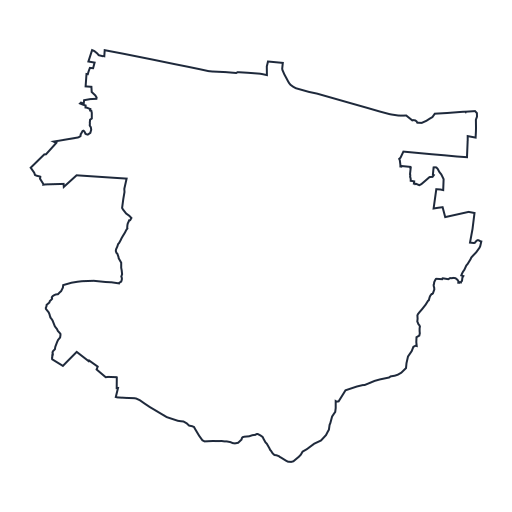 Tetchea, Bihor, Romania
{"feature_id": "2599482B35654252048695", "entity_name": "Tetchea", "entity_type": "district", "adm_level": 2, "iso_a3": "ROU", "parent_name": "Romania", "parent_adm1": "Bihor", "projection": "natural_earth1", "projection_center": [22.297, 47.021], "detail": "fine", "context": "isolated", "style": "outline", "palette": "slate", "viewbox_px": 512, "rotation_deg": 0, "n_neighbors": 0, "source": "geoboundaries", "source_scale": "gbopen_adm2", "svg_char_len": 5927}
<svg xmlns="http://www.w3.org/2000/svg" viewBox="0 0 512 512"><path d="M416.7,346.0L416.3,342.1L416.5,337.2L419.3,335.6L419.8,333.3L419.6,331.2L419.6,328.4L419.9,326.5L419.4,325.3L418.5,324.3L417.3,321.5L417.6,318.7L417.4,315.4L417.9,314.2L419.3,312.4L422.3,308.9L425.6,304.7L428.1,300.7L428.8,300.3L429.6,297.3L430.3,295.7L431.6,294.0L432.2,294.0L432.9,293.4L433.4,292.0L434.3,289.5L434.2,287.7L433.8,286.4L433.6,285.0L434.0,284.0L434.1,282.9L434.3,281.9L435.3,279.9L436.0,278.9L436.4,278.8L442.2,279.2L442.6,278.3L442.9,278.3L448.3,279.2L450.1,278.1L451.9,278.2L453.1,277.9L455.1,278.1L455.6,278.4L456.1,278.6L457.7,280.1L458.5,281.5L458.3,282.7L459.3,282.8L459.9,282.2L460.9,282.5L461.2,281.7L462.0,280.8L462.4,277.6L463.3,276.1L461.3,275.4L462.0,273.6L463.0,271.7L464.4,269.7L466.3,265.5L467.6,264.0L470.5,259.3L471.3,257.5L473.3,255.3L476.2,252.3L479.3,248.0L480.1,246.5L480.4,245.4L481.3,241.5L480.4,241.3L478.7,240.3L478.1,240.2L477.5,240.2L476.5,240.8L474.7,242.9L473.7,243.0L470.0,242.6L472.5,229.1L474.5,213.0L468.6,211.9L445.2,217.1L442.6,207.2L438.6,207.7L433.6,208.5L436.3,189.2L440.4,189.5L443.2,190.1L443.6,179.3L443.4,178.7L441.3,174.4L439.6,172.3L439.1,171.5L437.7,168.9L436.4,167.5L435.3,167.3L434.0,167.3L433.6,167.4L432.9,174.6L433.8,175.1L432.5,176.9L431.5,176.9L429.5,177.1L424.8,181.2L421.4,184.1L419.3,185.2L416.0,183.8L415.2,184.1L415.0,183.7L413.9,183.6L414.2,181.4L412.0,181.0L410.7,180.8L410.7,179.0L410.3,177.1L410.1,176.9L410.3,175.0L410.0,174.3L410.7,167.8L410.3,167.7L410.4,166.9L401.4,166.0L401.3,166.6L400.4,166.5L400.4,164.9L399.8,160.2L399.2,158.9L400.5,157.7L403.4,151.6L431.2,154.2L444.5,155.3L456.8,156.5L467.0,157.2L467.0,156.8L467.6,142.1L467.6,141.3L467.7,140.5L467.7,136.1L475.6,137.6L475.9,131.8L476.0,128.4L476.0,127.7L475.9,119.7L477.0,116.6L476.9,113.1L475.0,111.1L465.9,111.7L465.7,112.1L465.3,111.7L462.5,111.8L447.2,113.0L434.8,113.7L432.4,117.1L429.8,118.6L426.4,120.8L421.7,122.9L417.3,122.7L416.6,121.4L415.2,120.4L413.1,120.1L412.3,120.4L406.2,115.5L403.4,115.6L400.4,115.6L398.1,115.5L391.5,114.5L389.4,114.1L386.8,113.4L379.7,111.5L367.3,107.9L350.0,103.0L332.1,97.9L317.0,93.6L308.9,91.9L295.8,88.2L293.1,86.7L290.5,84.8L289.2,83.2L288.1,81.4L287.0,79.3L284.3,74.3L282.4,69.9L282.2,68.6L282.8,62.9L268.0,61.5L266.8,66.4L266.9,75.1L264.6,74.6L262.3,74.1L260.0,73.7L253.5,73.2L248.2,72.8L240.1,72.3L237.6,72.2L236.2,73.0L225.5,72.1L212.3,71.5L208.4,71.1L200.2,69.3L187.6,66.7L175.0,64.2L152.2,59.5L123.2,53.7L104.7,50.2L104.3,56.2L103.7,56.0L102.8,56.2L98.7,55.2L97.3,53.5L94.4,51.1L92.1,50.1L88.4,61.5L94.6,62.6L93.1,68.2L89.9,67.9L88.5,71.7L87.8,74.2L86.5,74.0L85.6,86.4L91.4,86.8L91.7,92.0L95.3,95.4L96.6,97.5L96.4,98.8L90.2,99.1L84.1,100.2L83.7,103.7L81.0,102.6L80.1,103.5L82.8,104.6L85.6,105.5L85.5,107.5L86.9,107.7L89.3,108.7L90.3,109.0L90.1,109.8L90.1,110.5L91.3,110.7L91.8,112.9L91.8,118.5L90.1,119.7L89.8,122.5L89.9,124.0L89.7,125.2L90.1,126.2L90.8,127.2L91.1,129.0L91.2,129.8L90.3,132.9L87.8,134.6L86.2,134.2L85.3,133.6L85.3,133.2L84.3,131.4L83.5,130.7L82.6,131.0L81.0,133.9L80.7,134.2L80.5,136.1L80.1,136.4L78.7,137.2L77.9,137.5L53.6,141.6L56.3,142.9L46.0,154.3L44.3,154.4L30.7,167.7L34.2,172.7L35.0,175.0L36.6,175.7L39.8,176.5L40.3,176.7L40.2,177.8L40.0,178.7L43.4,184.1L43.3,184.7L45.9,184.4L63.6,183.9L63.8,186.9L76.6,175.3L87.1,176.0L114.1,177.8L126.6,178.6L124.3,188.9L124.5,192.0L123.3,199.0L122.1,207.9L122.9,209.4L126.1,213.5L129.3,215.8L131.4,218.0L130.2,220.1L129.6,220.5L129.1,220.4L128.2,222.6L127.8,223.3L127.4,225.1L127.2,227.8L127.4,228.5L127.0,229.0L126.5,229.6L125.9,230.7L125.0,232.5L122.6,236.4L121.3,238.7L121.0,239.5L119.1,243.0L118.1,244.1L117.3,246.6L116.1,249.2L115.8,250.9L116.4,252.8L117.4,253.8L117.9,255.3L118.5,257.0L118.7,258.3L121.2,262.7L121.2,267.8L121.7,270.4L122.1,274.2L121.3,276.6L121.7,277.4L121.9,278.7L121.8,279.7L121.2,281.6L119.1,282.9L119.0,283.4L111.6,282.3L105.5,282.0L93.8,280.8L82.1,281.2L77.8,281.7L71.6,282.7L63.2,285.1L62.9,287.6L61.1,291.2L59.7,292.4L58.0,294.2L55.7,294.5L54.1,295.2L52.6,296.2L51.8,297.3L52.1,298.8L51.1,299.9L49.8,301.1L49.4,302.5L46.6,304.9L46.5,306.1L46.2,307.0L45.8,307.9L45.9,308.9L48.7,312.4L49.5,314.3L49.9,315.9L50.3,316.8L50.3,317.4L50.7,317.9L51.8,319.3L52.6,320.6L54.8,326.2L55.5,327.2L57.0,329.1L57.8,330.9L59.2,332.4L60.4,333.8L60.5,334.9L60.1,337.5L58.1,339.9L57.2,341.8L55.3,346.8L54.9,349.2L53.0,351.2L52.5,352.3L52.8,353.2L52.4,354.2L52.8,354.7L52.3,355.5L52.5,355.8L52.2,356.5L52.3,357.1L52.0,357.8L52.2,359.3L62.9,365.9L66.3,362.4L76.7,351.9L88.7,361.2L89.1,360.5L97.7,366.6L96.6,369.5L105.7,377.2L108.1,376.9L116.7,377.2L116.8,377.4L116.7,388.1L118.0,388.0L115.8,397.0L117.3,397.4L122.1,397.7L122.9,397.7L126.0,397.9L134.3,398.2L136.1,398.5L139.8,400.2L144.5,403.5L149.0,406.5L149.4,406.8L166.7,417.1L170.6,418.4L177.9,420.8L180.6,421.2L183.5,421.5L186.8,423.4L187.4,424.0L189.1,425.6L192.1,426.2L194.0,427.0L195.2,429.2L199.1,435.7L202.4,440.3L204.6,441.4L212.8,441.0L218.2,441.1L221.6,441.0L224.5,441.4L226.7,441.4L230.4,442.1L232.7,443.1L234.9,443.4L238.1,442.8L241.5,439.6L241.9,438.1L242.6,437.2L244.4,436.7L249.1,436.3L252.4,435.2L255.5,434.8L256.4,434.1L257.7,434.0L260.4,435.4L262.0,436.5L262.8,437.2L263.4,438.6L265.5,442.4L266.8,443.7L269.6,448.6L270.0,449.7L271.0,450.8L272.6,453.3L274.3,454.9L274.9,455.1L276.1,455.2L277.4,455.6L279.1,456.3L279.7,456.9L280.7,457.4L281.7,458.0L286.2,460.8L288.0,461.7L289.7,461.8L291.2,461.9L293.4,461.3L297.7,457.7L298.7,456.9L300.8,454.7L302.6,451.6L306.8,449.2L314.2,443.7L321.0,440.5L326.0,435.1L327.7,431.8L328.9,429.7L329.6,424.8L330.3,423.2L332.1,416.5L334.3,413.2L335.2,412.0L335.7,408.1L335.7,401.1L336.2,401.4L336.8,401.6L338.6,401.4L343.9,392.9L345.5,390.3L356.9,386.5L362.7,385.1L364.7,385.0L374.6,380.9L380.0,379.4L389.1,377.5L390.6,376.4L394.8,375.7L397.8,374.7L401.3,372.7L406.0,368.1L406.5,363.1L408.0,356.5L411.7,351.1L413.4,346.8L415.6,345.7L416.7,346.0Z" fill="none" stroke="#1e293b" stroke-width="2"/></svg>